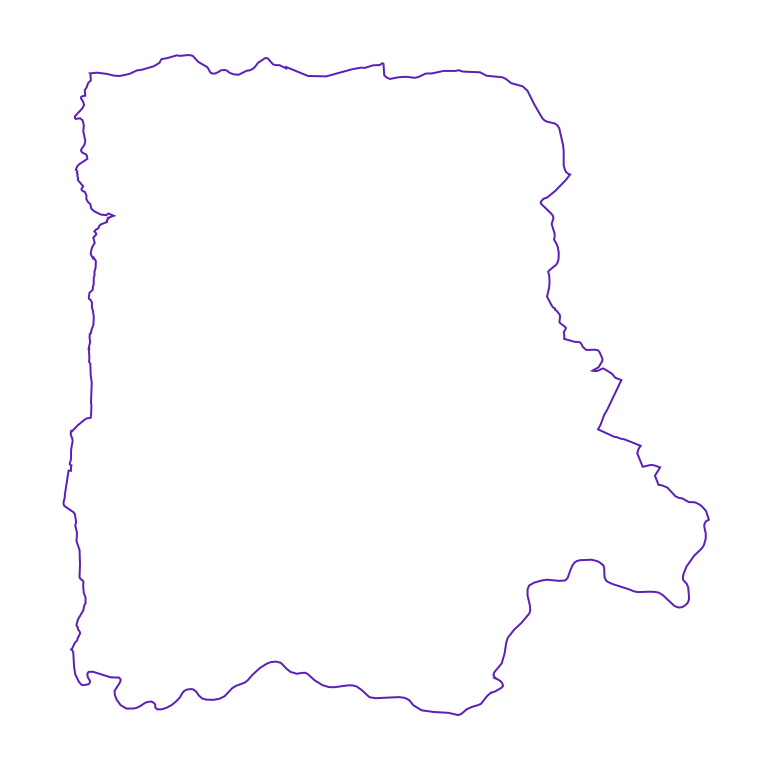 Quebradanegra, Cundinamarca, Colombia (orthographic projection), rotated 89°
{"feature_id": "7082276B19995053800747", "entity_name": "Quebradanegra", "entity_type": "district", "adm_level": 2, "iso_a3": "COL", "parent_name": "Colombia", "parent_adm1": "Cundinamarca", "projection": "orthographic", "projection_center": [-74.5, 5.107], "detail": "fine", "context": "isolated", "style": "outline", "palette": "violet", "viewbox_px": 768, "rotation_deg": 89, "n_neighbors": 0, "source": "geoboundaries", "source_scale": "gbopen_adm2", "svg_char_len": 6051}
<svg xmlns="http://www.w3.org/2000/svg" viewBox="0 0 768 768"><g transform="rotate(89 384 384)"><path d="M688.1,270.2L685.4,270.9L683.6,272.2L681.7,274.7L680.0,278.4L679.8,277.7L679.2,278.5L676.7,279.7L674.1,278.7L665.4,271.2L655.4,268.1L644.7,266.3L640.0,264.7L631.7,258.0L625.4,250.9L616.1,242.8L613.1,241.7L608.0,242.0L597.8,244.2L591.8,244.0L588.1,242.5L585.3,237.5L583.3,230.1L582.5,224.7L583.9,211.9L583.6,206.3L581.4,203.9L572.6,200.6L568.4,198.6L565.8,196.6L564.4,194.3L563.6,191.1L563.3,179.9L564.6,174.6L565.8,171.9L568.8,168.2L571.1,167.1L580.9,166.9L584.4,165.4L585.9,163.4L588.1,158.7L593.4,143.1L595.7,137.6L596.5,133.8L596.3,121.7L596.6,116.7L597.4,113.0L599.8,109.1L611.1,97.4L612.7,93.1L612.3,89.9L610.9,87.2L608.3,84.3L605.7,83.1L603.1,82.7L592.6,83.4L588.9,84.9L585.3,88.2L583.0,88.6L579.1,87.8L571.9,84.8L561.1,76.9L553.7,68.9L550.5,66.9L544.1,65.0L539.2,64.9L531.9,66.3L529.5,66.0L526.9,64.6L525.4,61.5L516.7,64.2L512.2,68.0L510.0,70.6L507.7,75.2L507.4,81.4L503.6,87.6L503.2,90.7L501.4,94.5L492.4,102.6L490.2,107.9L489.6,111.3L480.4,114.7L472.2,109.4L470.1,115.2L469.5,118.3L471.3,126.8L457.7,132.0L453.3,130.6L450.3,128.5L443.6,144.4L442.7,148.5L441.2,152.1L440.9,154.5L433.1,170.8L428.1,168.0L418.7,164.4L413.7,161.3L384.2,146.6L381.8,152.6L377.6,156.0L372.5,164.0L372.3,165.1L374.4,169.8L374.9,172.2L374.3,175.2L371.0,169.2L365.2,165.5L363.6,165.1L361.9,165.4L356.2,167.8L354.0,169.5L353.4,172.5L353.5,181.3L350.4,184.5L346.8,186.3L345.6,187.7L345.1,192.9L342.0,203.1L340.8,202.8L335.2,203.3L331.7,201.2L330.6,201.3L326.0,207.1L324.5,207.5L320.1,206.8L317.7,207.1L313.6,210.3L312.9,211.6L311.5,211.7L310.3,213.6L308.4,215.0L299.5,219.5L291.0,217.3L285.5,216.7L278.6,216.9L274.6,217.9L273.1,216.6L267.8,209.8L265.7,208.4L262.3,207.3L255.8,207.0L250.7,207.7L247.2,208.9L242.5,211.5L239.9,210.8L236.6,210.8L226.9,213.6L221.3,211.7L220.2,211.8L218.1,212.6L216.6,213.8L206.4,223.9L204.6,224.0L201.7,221.5L200.4,217.6L193.8,209.3L183.3,198.7L177.8,194.3L177.4,195.7L175.4,198.1L173.6,199.1L169.0,200.5L154.3,200.3L148.1,200.8L131.1,204.4L128.0,206.5L126.5,208.7L124.6,216.2L123.2,219.0L120.8,221.2L107.6,228.6L93.2,235.5L88.8,240.2L85.4,251.6L81.1,256.8L79.3,260.6L77.6,276.0L74.0,282.6L73.0,299.7L71.6,303.9L72.2,307.1L72.0,318.9L74.3,330.7L74.3,336.7L77.7,344.4L78.4,348.0L77.3,355.5L77.3,359.0L77.6,364.3L79.1,372.7L77.5,376.1L75.2,378.4L64.0,378.9L63.2,380.1L65.0,382.6L65.2,389.4L67.6,397.6L67.3,401.5L68.7,410.2L75.4,436.4L74.7,454.5L65.4,476.2L66.7,476.2L63.4,483.0L63.3,486.9L62.5,489.3L56.5,494.5L56.0,496.0L56.2,497.3L60.6,504.3L65.0,507.7L66.9,510.2L68.1,513.1L68.4,515.9L72.2,523.8L71.8,528.7L70.2,532.9L68.3,535.1L67.2,537.4L67.6,542.0L69.1,543.9L70.6,547.5L70.6,550.3L69.6,552.1L64.2,555.0L58.7,564.1L52.7,569.4L51.8,572.1L51.7,575.0L52.4,581.8L51.8,585.5L54.4,595.1L55.3,600.8L59.0,603.0L62.3,608.6L65.7,621.1L66.1,625.5L69.4,632.8L70.6,638.4L71.4,643.0L71.0,648.3L69.1,655.7L67.7,665.6L68.3,672.5L68.8,672.1L75.2,671.8L78.0,674.6L82.1,676.1L85.1,678.1L90.5,677.6L91.1,680.8L91.9,681.9L93.1,682.0L96.7,679.8L99.9,679.0L103.4,681.1L110.9,688.3L112.2,688.5L113.6,687.7L113.0,683.3L114.8,681.1L116.8,680.2L120.7,679.6L125.8,680.3L135.7,678.4L139.5,679.3L143.6,682.3L145.3,682.9L147.2,681.8L149.4,677.8L150.9,677.0L153.7,676.7L159.0,685.0L160.7,686.7L164.4,688.4L166.1,687.0L168.0,687.3L168.9,686.6L170.7,687.0L172.9,686.2L174.7,686.6L181.1,681.3L183.5,683.0L184.7,682.9L185.8,681.8L186.6,679.9L187.7,679.3L190.4,678.2L193.8,678.4L196.7,676.9L199.1,674.5L203.5,673.6L206.3,670.7L209.7,664.0L210.3,658.6L208.7,656.6L211.1,651.3L212.9,656.6L213.2,656.1L215.3,658.3L217.2,658.1L219.4,664.2L221.1,666.1L223.4,666.8L224.3,668.9L226.3,670.9L228.7,669.0L230.1,669.6L232.5,672.1L237.8,670.8L242.7,673.7L248.3,675.0L250.4,674.4L253.3,672.7L252.5,672.1L256.0,670.0L262.6,670.3L266.9,671.6L270.2,671.5L272.3,672.3L279.8,672.6L281.8,673.4L284.7,673.6L287.7,676.9L292.1,677.6L293.6,677.5L294.9,675.8L297.4,674.6L302.6,674.7L305.6,673.8L311.8,673.0L319.7,673.5L324.7,675.5L328.2,676.2L328.6,677.2L329.4,677.3L331.8,677.6L337.0,677.1L343.4,678.7L343.5,678.0L345.2,678.5L352.5,678.1L356.7,678.5L358.5,677.3L369.9,677.1L377.6,676.2L397.5,677.3L399.9,676.9L408.3,677.3L412.7,677.9L413.2,681.8L414.5,684.0L420.0,691.0L425.9,696.8L425.4,697.5L426.6,698.0L429.5,698.0L433.4,696.6L435.6,696.3L444.3,698.0L453.9,698.3L457.9,699.6L459.1,699.5L459.9,697.9L462.2,698.5L465.3,698.5L465.1,700.9L488.4,704.9L492.5,705.3L496.5,706.5L498.7,706.4L500.4,705.7L506.8,696.7L508.2,695.6L509.9,695.2L516.8,694.2L519.9,695.2L527.7,693.5L535.9,694.2L544.6,691.3L559.0,691.1L571.7,691.8L573.7,690.9L575.1,688.7L576.9,687.9L580.4,688.3L587.2,687.9L592.6,686.1L598.4,686.3L599.7,687.4L605.2,688.7L613.7,693.9L619.0,695.6L620.6,695.6L621.8,694.4L623.5,694.4L626.5,692.5L628.1,692.2L633.2,694.9L634.9,695.2L637.5,697.7L642.9,700.3L643.9,701.4L644.2,700.7L646.7,699.4L661.3,698.8L669.2,697.7L676.8,694.0L679.5,691.7L679.8,690.2L679.4,686.2L678.9,684.5L677.9,683.6L676.1,683.0L671.7,685.4L668.6,685.7L666.7,684.4L666.6,680.1L672.5,662.4L672.9,654.3L674.3,652.7L675.9,652.5L678.4,653.6L686.0,658.7L690.0,658.6L695.0,656.8L700.4,653.0L704.0,647.3L704.1,640.2L703.5,637.0L702.0,633.7L698.4,628.0L697.5,624.2L697.6,621.9L698.6,620.0L700.3,618.4L703.4,618.3L705.3,616.5L705.4,612.0L704.1,607.4L701.2,601.8L697.2,596.8L693.6,593.4L689.6,591.1L687.4,589.1L686.1,586.5L685.6,581.9L686.2,579.7L688.5,577.0L692.3,574.5L695.3,571.2L696.5,567.1L696.8,560.0L695.8,554.0L693.4,548.8L685.5,541.1L683.2,537.2L680.1,528.3L677.9,525.5L671.9,520.0L665.6,512.8L661.5,505.9L660.0,501.7L659.7,496.7L661.0,492.0L667.4,486.0L670.3,482.4L672.2,476.1L671.4,470.9L671.4,467.3L673.6,464.3L679.1,458.5L684.1,450.6L686.1,444.3L686.3,438.9L684.7,425.3L684.7,421.1L685.9,416.7L689.3,412.0L696.9,404.0L698.0,397.8L697.3,374.4L698.2,368.6L700.6,364.2L705.8,360.2L710.9,352.1L712.8,340.0L713.9,325.3L716.3,315.7L715.3,312.6L710.8,307.1L708.5,302.1L706.7,295.5L705.5,292.6L697.7,286.3L694.3,282.1L694.6,281.9L693.3,278.2L690.1,272.4L688.1,270.2Z" fill="none" stroke="#5b21b6" stroke-width="2"/></g></svg>